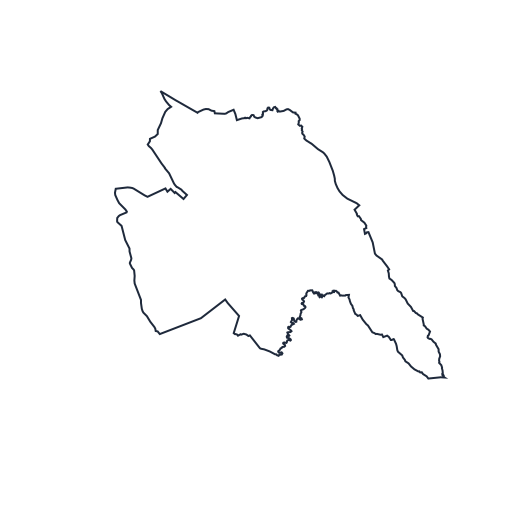 Chaloem Phra Kiat, Nakhon Ratchasima, Thailand (Robinson projection), rotated 155°
{"feature_id": "78962969B71200223173278", "entity_name": "Chaloem Phra Kiat", "entity_type": "district", "adm_level": 2, "iso_a3": "THA", "parent_name": "Thailand", "parent_adm1": "Nakhon Ratchasima", "projection": "robinson", "projection_center": [102.265, 14.994], "detail": "fine", "context": "isolated", "style": "outline", "palette": "slate", "viewbox_px": 512, "rotation_deg": 155, "n_neighbors": 0, "source": "geoboundaries", "source_scale": "gbopen_adm2", "svg_char_len": 6131}
<svg xmlns="http://www.w3.org/2000/svg" viewBox="0 0 512 512"><g transform="rotate(155 256 256)"><path d="M277.7,156.0L276.7,156.6L274.3,155.8L273.2,156.6L273.5,157.9L275.4,158.3L276.2,158.9L276.3,159.9L276.1,160.3L274.4,160.7L272.7,161.9L271.8,161.7L270.6,162.4L268.7,161.8L267.6,162.2L267.4,163.2L268.3,164.9L268.3,165.4L267.9,165.8L266.9,165.7L265.3,164.4L264.7,164.6L263.6,166.0L263.2,166.2L261.9,166.2L260.6,164.8L259.9,165.1L259.8,165.7L260.6,167.4L262.4,168.8L262.3,169.8L261.4,170.6L260.0,169.6L259.4,169.8L260.0,171.9L259.9,173.4L259.3,173.4L256.9,172.5L255.6,172.9L255.8,173.8L257.4,176.8L257.0,177.9L256.1,178.0L255.5,177.3L254.7,177.2L253.2,178.4L250.3,178.5L250.4,179.3L251.9,180.3L252.3,181.4L250.5,182.6L249.7,184.5L248.9,184.4L248.2,183.4L248.8,181.0L247.8,179.4L247.2,179.4L246.7,180.4L245.6,181.3L244.2,181.8L242.6,179.4L241.2,179.2L241.1,180.3L242.1,181.6L242.1,182.3L240.8,183.5L240.1,184.7L238.5,186.0L238.4,187.6L238.0,187.9L235.4,187.7L233.5,188.2L232.7,188.8L232.7,189.8L233.6,190.6L233.5,192.0L234.7,193.0L234.8,193.5L234.2,194.0L232.6,193.8L231.7,194.5L231.7,195.6L232.5,197.1L232.3,197.9L231.7,198.1L230.0,197.7L228.9,198.7L227.5,198.5L226.7,199.3L226.6,200.2L226.1,200.9L223.6,202.5L222.1,201.8L221.5,202.0L219.5,201.1L219.6,199.0L218.8,198.4L219.4,197.8L219.3,197.5L217.7,198.1L217.5,197.8L218.0,197.2L217.1,197.0L216.5,197.6L216.2,197.3L216.6,196.6L216.4,196.2L215.4,196.4L215.9,194.9L214.8,195.3L215.0,194.6L214.3,194.2L214.6,193.8L215.7,193.4L215.6,193.0L215.0,193.4L214.7,193.1L215.8,192.2L215.7,191.9L214.6,192.6L213.7,192.6L213.1,193.4L212.6,193.2L212.6,192.5L213.4,192.0L214.0,191.0L213.8,190.7L211.9,191.8L211.5,191.7L211.5,191.2L211.1,190.8L210.7,191.3L207.3,192.0L205.8,191.2L205.0,191.3L204.2,190.5L202.1,190.7L201.6,191.5L201.2,191.2L201.4,190.7L200.7,190.4L200.4,191.8L200.0,191.7L200.0,190.8L199.4,191.0L198.3,190.7L197.7,189.5L197.6,188.4L196.7,188.0L196.5,184.5L195.5,184.4L194.7,183.7L191.9,182.4L191.1,182.6L188.2,181.5L189.7,179.4L189.6,177.1L190.0,175.3L190.2,172.4L189.7,170.2L190.2,167.7L190.0,166.4L190.4,165.5L190.5,161.5L189.7,160.5L189.1,158.7L186.6,158.4L186.2,153.3L184.8,147.6L183.9,145.7L182.8,137.7L181.2,136.0L180.5,134.7L179.3,134.3L176.4,132.0L175.0,131.6L174.9,128.7L170.8,128.4L169.8,126.5L169.3,122.9L168.5,122.5L166.5,122.6L166.2,122.3L166.2,117.2L166.6,114.9L167.7,111.0L167.8,109.3L165.5,104.1L165.7,101.9L165.0,99.0L165.1,97.4L163.1,94.2L162.2,90.4L160.3,86.3L157.6,82.7L156.7,82.4L156.5,81.2L155.3,80.4L154.9,80.5L154.5,78.4L152.2,74.8L151.6,72.1L139.8,68.0L136.5,66.2L137.0,67.0L136.5,67.8L136.5,69.2L137.2,68.9L137.4,69.2L137.0,70.5L136.1,71.2L135.3,73.5L134.9,75.8L134.5,76.3L134.2,78.8L135.2,81.8L134.5,82.5L134.3,83.8L133.4,85.4L131.5,87.3L130.8,89.3L130.9,92.1L129.9,94.4L130.4,99.7L130.1,100.7L131.4,103.3L132.1,106.2L132.9,107.2L133.7,107.5L134.7,108.8L134.9,109.7L133.9,111.1L133.2,111.1L130.2,114.0L130.9,116.4L132.0,118.0L132.5,120.9L133.3,122.2L132.9,123.0L131.6,128.7L130.8,129.7L134.1,134.9L134.3,135.9L135.3,136.9L136.0,139.3L136.8,139.7L137.1,144.4L138.6,148.8L138.7,153.5L139.2,155.2L140.5,157.6L140.1,161.2L140.4,162.2L141.9,164.0L142.4,165.3L142.2,167.7L142.8,170.1L142.1,171.9L142.0,173.1L143.3,177.1L144.6,179.2L144.2,181.1L143.0,184.2L142.6,187.1L141.0,187.6L141.5,190.9L143.2,198.6L143.1,199.4L146.6,205.5L147.2,207.9L144.5,219.0L144.0,230.1L145.4,230.6L146.4,230.0L147.9,230.0L146.7,234.7L144.2,234.7L144.0,235.7L143.2,236.9L143.7,240.4L145.6,244.1L145.3,245.4L145.9,248.6L147.0,249.0L147.1,250.9L146.7,251.6L147.1,256.3L141.0,258.3L142.4,261.2L149.0,269.4L151.7,274.7L153.0,279.3L153.4,283.1L153.3,287.5L152.8,290.7L151.9,292.8L151.2,295.8L150.4,300.7L149.8,310.1L149.9,316.1L150.8,320.0L151.5,321.7L154.7,326.7L158.0,333.9L161.5,339.3L162.4,341.4L162.6,342.1L161.4,343.7L161.7,345.9L162.2,346.8L162.2,348.0L161.2,349.0L161.3,350.8L160.6,351.5L160.6,352.4L159.4,353.5L160.0,355.2L161.2,355.4L162.1,357.4L160.9,358.7L160.3,360.2L159.0,360.7L158.4,362.0L158.5,365.8L159.2,367.2L160.1,368.3L159.6,369.2L161.8,370.5L163.7,374.1L164.9,375.6L166.4,376.0L169.6,375.8L173.3,376.8L174.4,377.6L174.2,378.3L174.4,378.5L174.9,377.6L175.3,377.6L175.4,378.2L175.0,378.5L175.0,379.8L174.7,380.2L175.2,380.6L175.0,381.4L175.5,381.7L175.6,383.0L177.0,383.2L178.4,382.4L179.5,381.2L181.2,382.3L181.5,383.2L181.3,384.8L182.2,385.4L183.2,385.0L184.0,383.7L184.7,383.3L186.1,383.2L188.1,383.8L188.9,383.6L189.6,381.9L190.0,381.8L190.4,382.4L190.2,381.0L190.7,380.9L190.9,380.1L192.3,379.5L196.3,380.2L198.0,381.8L198.7,382.9L198.7,384.7L200.0,385.5L201.2,385.2L201.6,384.6L202.7,384.3L203.7,383.5L205.5,384.9L206.9,385.1L207.2,385.8L207.7,386.0L208.2,385.8L210.6,386.6L215.9,387.2L214.7,393.4L214.5,398.0L220.2,398.2L222.9,397.8L224.3,398.1L233.0,402.7L232.5,404.9L234.9,406.5L236.9,409.1L239.3,410.4L241.7,410.9L248.2,410.9L248.5,410.6L263.0,431.1L272.9,445.8L272.5,443.3L272.6,437.1L272.2,434.1L271.0,429.6L269.9,427.1L274.0,426.5L277.3,425.0L282.6,420.4L286.0,416.5L291.8,411.7L293.5,408.1L297.1,406.9L302.6,407.0L303.7,404.8L307.0,402.8L306.7,400.9L305.5,398.2L305.0,396.3L302.5,379.7L301.3,374.3L301.5,374.0L299.8,367.7L299.7,356.6L299.5,355.0L298.7,352.1L298.2,351.7L295.6,347.7L295.2,346.1L292.8,340.5L297.6,338.3L302.0,348.0L303.1,347.5L305.0,352.9L309.1,351.7L309.5,355.5L329.3,355.5L331.3,358.0L338.4,368.8L339.4,369.9L341.1,371.1L343.3,372.4L354.7,376.2L357.1,372.9L357.8,370.7L357.9,365.3L357.7,361.7L354.7,353.3L354.3,350.8L354.9,350.2L361.9,350.5L363.5,350.2L365.7,349.1L367.2,346.2L367.3,345.3L365.1,340.1L367.8,325.7L367.5,316.2L368.7,313.5L369.9,306.6L370.8,305.3L373.1,303.3L373.5,302.5L373.4,297.6L372.6,295.3L372.6,294.3L374.4,289.2L376.6,285.2L377.6,282.3L378.8,264.8L380.1,262.0L381.8,256.4L382.1,254.0L382.0,252.3L380.3,247.6L379.6,241.1L378.1,234.6L378.0,232.7L378.6,230.4L377.0,229.2L376.2,225.9L332.2,222.9L302.3,229.6L301.5,225.3L296.7,208.8L308.8,195.5L308.1,194.1L307.4,193.8L306.2,192.6L306.0,191.4L303.1,191.6L302.7,191.0L300.0,190.7L297.9,188.9L296.7,186.7L295.1,186.6L291.4,170.7L290.6,169.8L288.0,167.9L283.9,163.7L280.2,158.8L279.1,158.2L278.9,157.2L277.7,156.0Z" fill="none" stroke="#1e293b" stroke-width="2"/></g></svg>